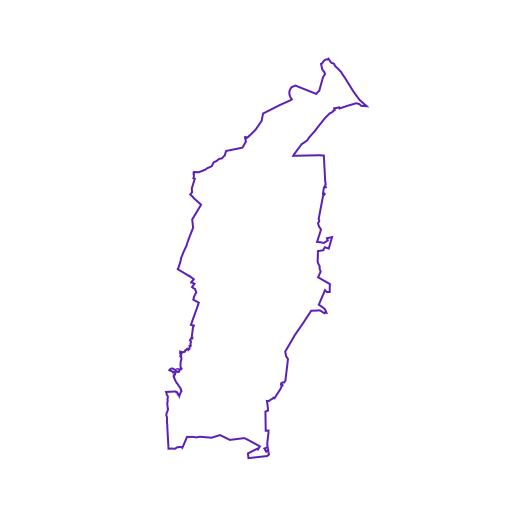 the district of El Marqués, Querétaro, Mexico, rotated 17°
{"feature_id": "50627088B31267515785152", "entity_name": "El Marqués", "entity_type": "district", "adm_level": 2, "iso_a3": "MEX", "parent_name": "Mexico", "parent_adm1": "Querétaro", "projection": "equal_earth", "projection_center": [-100.296, 20.736], "detail": "fine", "context": "isolated", "style": "outline", "palette": "violet", "viewbox_px": 512, "rotation_deg": 17, "n_neighbors": 0, "source": "geoboundaries", "source_scale": "gbopen_adm2", "svg_char_len": 5894}
<svg xmlns="http://www.w3.org/2000/svg" viewBox="0 0 512 512"><g transform="rotate(17 256 256)"><path d="M279.6,52.9L276.3,51.3L275.3,50.4L274.6,49.6L273.8,49.2L272.0,49.3L270.5,48.6L267.6,46.1L266.8,47.2L265.7,47.5L264.8,48.2L263.9,49.5L263.4,50.7L262.9,52.5L262.0,53.2L264.8,58.2L267.8,60.4L268.8,61.8L267.8,65.5L268.1,77.0L268.2,79.6L267.9,79.9L267.6,80.5L266.9,81.6L266.3,83.4L243.9,81.5L240.6,84.2L240.1,86.0L239.8,88.2L240.0,89.8L240.9,92.0L242.6,94.2L244.5,95.8L243.8,96.4L243.3,97.1L234.1,105.2L221.1,117.7L221.9,125.1L220.5,129.5L219.9,131.5L218.6,135.5L214.1,143.8L214.0,143.7L212.8,145.6L212.7,145.5L212.3,145.3L211.8,145.5L211.6,145.4L211.3,145.7L210.9,145.4L210.7,145.6L212.9,149.5L211.4,156.3L196.7,164.3L196.7,169.2L196.0,170.1L195.2,172.0L194.6,172.8L192.4,173.9L191.9,174.5L191.6,175.0L191.4,175.2L191.4,175.4L191.0,176.1L189.7,177.5L188.5,178.3L187.9,179.6L187.7,182.1L187.3,183.2L183.5,186.5L182.5,188.0L179.8,190.3L176.6,192.7L173.9,193.4L172.6,193.5L172.7,194.0L172.9,194.1L172.7,194.4L172.0,194.4L172.2,195.5L172.4,195.5L172.5,196.0L172.9,196.4L172.9,196.5L172.9,197.0L173.4,198.3L173.4,198.2L173.5,199.1L173.4,199.9L174.9,200.1L174.8,210.0L176.2,213.8L175.2,216.5L178.4,218.0L179.2,218.7L188.5,223.0L184.3,239.7L187.6,247.3L186.6,259.9L186.7,260.0L186.5,261.9L186.5,266.5L185.5,273.5L185.0,279.8L185.4,283.4L185.3,289.9L185.0,290.8L185.0,291.5L198.2,294.8L198.2,294.6L203.3,296.4L201.6,300.2L201.7,300.3L203.2,300.2L205.3,300.6L203.9,304.4L206.0,305.2L207.4,305.4L209.6,308.4L209.1,310.1L208.7,312.6L208.7,313.5L208.8,316.1L214.9,317.4L214.9,319.7L213.9,340.9L216.9,340.7L216.8,341.8L216.6,342.6L216.8,343.9L216.9,344.4L218.4,353.2L218.9,353.0L219.1,352.9L219.2,353.5L218.7,353.6L218.0,353.9L217.9,354.4L217.7,354.7L217.7,354.8L217.6,355.1L217.5,356.0L218.1,356.2L218.4,356.3L218.6,356.6L218.9,356.9L219.0,357.4L218.9,358.4L219.1,359.1L219.3,359.7L219.7,360.5L219.8,361.2L218.8,361.4L218.9,361.6L219.0,361.6L219.5,364.3L218.8,365.5L218.4,364.8L217.8,364.6L217.6,364.6L217.2,365.0L216.9,365.8L216.8,366.0L216.6,366.5L216.4,366.7L216.2,366.6L215.9,366.9L215.9,367.2L215.8,367.7L216.0,367.9L216.0,368.1L215.6,368.3L215.6,368.6L215.2,369.0L214.4,369.2L213.8,369.5L213.4,369.5L213.2,369.7L213.0,369.8L212.9,369.6L212.7,369.7L212.2,369.6L211.9,369.7L211.5,369.6L211.8,371.0L213.0,370.8L213.1,371.4L213.3,371.4L213.3,371.8L213.1,371.9L213.2,372.1L212.8,372.2L213.1,373.4L212.9,373.5L213.1,373.8L213.1,374.1L213.4,374.1L213.5,374.4L213.9,374.3L214.2,374.7L214.8,376.2L214.9,377.2L214.8,377.6L214.8,378.1L214.9,379.3L215.8,382.9L216.5,384.5L217.0,384.9L217.4,385.1L217.5,385.2L217.2,385.3L217.3,385.3L217.3,385.8L217.2,385.9L217.3,386.4L215.2,386.9L215.5,387.0L215.8,387.3L216.0,387.6L216.2,388.0L216.3,388.6L216.2,389.0L216.2,389.3L215.9,389.5L214.5,389.9L214.1,389.8L213.7,389.2L212.9,388.7L212.4,388.5L211.3,388.5L209.3,388.0L208.6,388.1L207.8,388.5L207.2,389.0L206.8,389.8L206.5,390.5L210.3,391.0L210.9,391.7L211.4,391.1L211.5,390.9L212.2,390.7L213.2,391.7L213.1,392.5L213.2,393.1L213.1,393.4L212.2,393.9L212.3,394.4L213.1,395.8L212.9,395.9L215.2,398.6L217.3,400.7L217.7,400.9L218.0,400.9L218.1,401.1L221.3,403.7L222.3,404.3L223.0,405.3L222.9,405.3L223.8,406.5L224.0,407.2L224.2,407.4L224.0,407.6L223.9,408.4L223.7,410.0L223.6,412.3L222.7,410.9L222.0,411.4L221.9,411.4L221.9,411.1L221.0,409.9L219.9,409.8L219.8,409.2L218.6,409.1L209.8,412.3L210.6,413.4L210.9,414.1L211.0,414.4L212.9,416.3L213.3,419.3L213.8,419.9L213.9,420.4L213.9,421.3L214.2,422.0L214.1,422.5L214.3,423.0L214.4,423.6L215.1,424.8L215.4,426.0L216.1,427.1L216.2,427.6L216.4,427.7L216.7,428.5L216.7,429.0L216.7,429.6L216.5,432.1L216.6,434.1L216.8,434.5L217.7,435.8L218.1,436.5L219.7,441.7L220.5,443.3L221.4,446.1L222.4,448.8L228.7,465.9L230.7,465.2L231.4,464.8L234.7,464.1L234.9,464.0L236.6,462.0L237.3,461.5L237.6,461.4L238.1,461.5L238.8,460.9L239.7,460.7L241.0,460.6L241.6,461.0L242.0,458.2L242.9,449.2L248.6,447.4L252.1,446.9L255.0,445.3L266.5,442.8L273.8,437.9L274.1,437.8L284.8,439.5L298.0,433.6L300.6,433.9L302.7,434.3L315.4,436.9L314.4,440.5L313.5,439.9L306.0,447.2L307.9,451.5L325.2,444.0L326.5,442.0L326.0,441.5L324.1,437.5L322.9,440.1L320.3,437.7L323.0,435.5L322.0,433.2L321.6,432.1L320.0,423.7L319.8,422.0L318.9,419.2L316.4,420.3L310.5,402.0L312.7,400.3L310.7,395.3L308.8,391.5L310.8,390.9L311.7,389.5L314.0,387.1L314.1,386.4L315.3,386.6L318.3,375.9L318.7,372.1L319.2,372.0L319.1,371.6L318.8,371.5L317.9,371.5L317.8,372.0L317.6,371.8L317.4,371.4L317.3,370.3L318.3,369.2L319.7,368.9L320.6,366.8L317.9,351.8L316.7,345.2L314.0,342.9L311.9,338.8L314.9,326.3L316.2,320.4L320.6,306.7L324.8,292.2L330.7,290.2L332.1,289.5L334.0,289.5L336.7,290.4L338.2,290.7L338.4,290.3L338.4,290.1L340.0,289.8L337.6,286.8L335.1,285.7L330.3,284.2L332.0,268.5L334.2,269.7L337.0,268.9L334.8,261.2L321.6,258.2L322.4,252.1L320.4,249.3L319.9,247.2L317.6,244.9L316.4,243.0L315.9,240.7L313.8,233.2L318.7,230.8L318.8,229.4L319.2,227.5L323.4,227.6L323.2,215.7L318.6,218.3L320.1,220.1L317.1,223.7L313.6,224.0L311.9,224.4L310.8,224.5L310.3,224.7L310.3,220.3L310.4,218.3L310.4,212.8L310.4,211.7L307.8,209.5L306.7,208.1L305.9,206.8L305.7,206.4L305.9,205.6L306.2,204.8L306.2,204.7L306.2,203.7L305.7,203.1L305.6,202.9L305.4,202.6L305.1,202.4L302.5,178.3L303.0,178.0L303.4,177.4L303.6,176.7L303.0,176.2L302.6,176.1L302.4,176.2L302.2,176.5L301.8,176.7L300.9,170.5L301.2,170.3L302.7,169.8L302.5,169.4L302.0,169.2L301.5,168.7L301.3,168.4L301.5,168.1L301.6,167.5L301.6,166.7L301.1,166.0L300.2,164.0L291.5,140.1L287.2,141.1L262.3,149.3L262.6,147.9L266.9,135.8L269.5,132.6L271.0,130.7L271.4,129.8L272.1,127.3L276.3,118.0L276.3,117.7L276.5,117.4L276.6,116.8L281.5,104.3L284.8,98.0L286.5,96.5L287.6,94.9L287.5,94.4L288.6,93.4L287.6,91.9L290.1,90.7L292.0,89.5L292.8,90.5L299.0,86.0L307.2,80.6L310.3,80.5L312.7,81.6L318.0,80.4L309.3,76.4L300.9,70.1L288.9,59.6L285.3,56.7L283.7,55.2L279.6,52.9Z" fill="none" stroke="#5b21b6" stroke-width="2"/></g></svg>